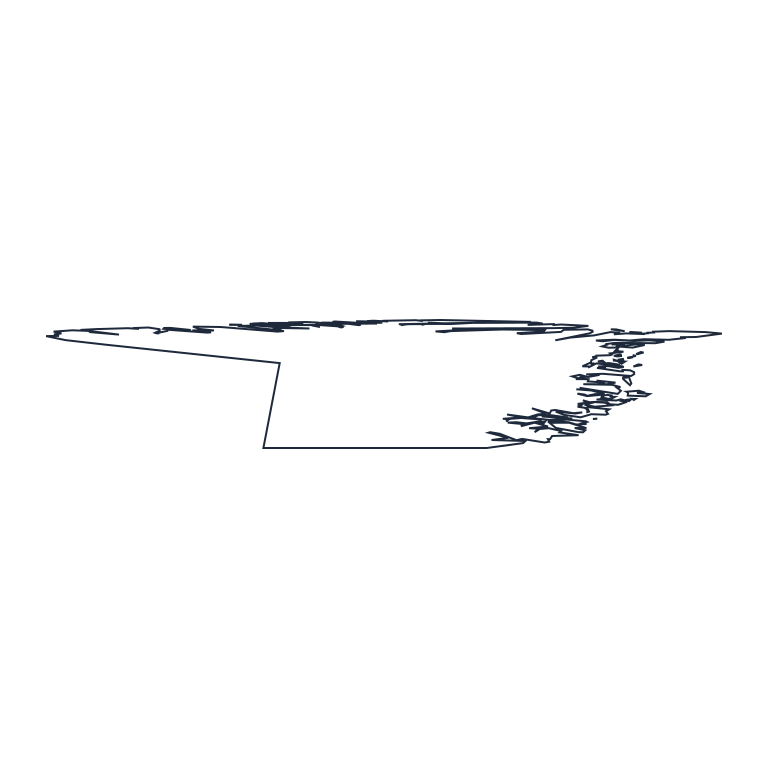 Nationalparken, Equal Earth projection
{"feature_id": "GRL-2742", "entity_name": "Nationalparken", "entity_type": "state/province", "adm_level": 1, "iso_a3": "GRL", "parent_name": "Greenland", "parent_adm1": "", "projection": "equal_earth", "projection_center": [-27.197, 77.317], "detail": "fine", "context": "isolated", "style": "outline", "palette": "slate", "viewbox_px": 768, "rotation_deg": 0, "n_neighbors": 0, "source": "natural_earth", "source_scale": "10m", "svg_char_len": 6148}
<svg xmlns="http://www.w3.org/2000/svg" viewBox="0 0 768 768"><path d="M523.1,443.1L486.6,448.0L263.4,448.0L279.7,363.1L105.8,344.7L65.4,340.1L46.1,336.1L59.0,335.9L54.0,334.4L61.5,333.4L53.6,331.6L72.4,330.3L88.5,330.9L90.1,332.1L119.0,334.6L80.5,329.9L96.2,329.1L127.9,328.2L138.9,328.9L132.7,328.1L148.3,327.5L159.5,329.2L159.7,330.6L155.0,332.8L156.5,333.3L159.3,333.4L157.0,333.1L167.3,330.9L167.2,329.7L206.9,332.6L211.1,332.4L192.3,330.4L214.0,330.5L199.2,328.9L192.9,326.6L220.6,327.0L277.4,331.6L284.0,331.1L274.2,330.0L281.4,329.3L276.3,328.7L279.5,328.0L309.5,328.5L289.2,327.7L290.8,327.3L264.2,325.0L313.5,325.1L311.8,325.4L318.9,326.8L318.9,325.7L315.5,325.3L319.7,325.1L337.4,326.3L341.2,327.5L343.6,326.7L340.3,326.3L342.3,325.9L341.2,325.5L327.7,325.0L261.6,324.6L249.6,323.8L261.6,324.1L252.2,323.6L262.0,323.1L273.2,324.0L296.3,324.1L268.0,322.9L303.3,323.0L288.2,322.4L305.9,322.0L318.5,322.6L315.4,323.1L318.9,322.8L331.7,323.7L348.3,323.8L359.0,325.2L360.9,324.6L352.1,323.7L377.0,323.6L356.8,323.3L382.3,322.7L358.5,322.4L356.2,322.1L358.4,321.8L356.2,321.2L370.1,321.5L366.9,321.1L373.3,320.7L388.2,321.5L382.3,320.8L415.9,320.2L422.8,321.0L419.5,320.4L440.6,320.0L530.9,321.9L444.7,323.3L427.8,322.7L440.5,323.4L398.8,324.2L403.1,324.3L400.7,325.2L407.7,324.2L420.0,324.1L422.7,324.4L421.8,324.9L425.6,323.9L451.2,324.0L472.1,322.9L536.6,322.6L542.8,323.6L527.6,324.9L553.7,324.1L554.9,324.3L552.5,324.4L554.4,324.8L552.5,325.1L561.0,324.5L588.4,325.9L573.7,327.7L554.5,328.1L452.1,328.5L474.4,329.3L435.5,331.4L444.3,332.2L450.6,331.1L502.9,329.5L544.8,330.1L543.7,331.5L516.8,333.2L521.3,334.0L561.1,331.9L563.7,329.8L587.8,329.4L592.3,330.6L592.7,331.7L589.8,333.3L555.3,340.3L570.1,337.6L594.1,335.4L610.4,332.1L620.1,332.7L613.9,334.3L626.4,333.4L644.8,334.1L643.8,333.6L649.2,333.2L646.4,332.8L653.8,332.5L653.4,331.7L669.2,331.1L705.7,332.1L721.9,333.6L696.1,337.0L680.0,337.2L685.8,338.0L668.8,339.8L644.2,339.2L629.8,340.5L614.3,339.7L595.9,340.5L602.6,341.3L614.1,339.9L633.5,341.0L649.0,340.3L664.5,341.6L655.4,343.2L614.6,342.9L605.3,344.2L608.1,344.3L602.1,346.4L608.4,347.7L618.6,347.5L613.7,352.1L617.9,350.2L618.5,351.3L623.5,351.7L610.1,353.4L611.7,354.6L610.2,355.2L595.4,355.7L597.2,356.3L592.2,357.1L597.2,357.4L591.3,360.2L591.0,362.4L582.4,366.3L589.6,366.5L588.1,367.6L596.4,363.4L621.6,366.2L623.7,366.9L618.5,367.8L608.2,366.1L598.2,366.5L605.8,367.8L603.3,368.4L596.9,367.9L620.0,371.3L622.9,371.3L622.5,369.9L630.1,370.3L634.1,372.2L634.2,374.1L631.0,376.0L603.1,373.8L586.2,374.4L599.5,374.9L587.9,377.0L579.8,374.8L572.3,376.4L578.3,378.4L580.6,377.0L585.4,377.6L581.5,378.0L587.0,378.9L575.8,379.1L588.6,379.2L587.8,381.4L605.1,382.6L596.5,380.6L615.5,382.6L607.3,384.2L583.3,384.2L612.0,384.8L620.5,387.1L616.8,387.6L620.9,390.8L617.7,393.9L579.6,387.8L591.8,390.2L576.3,389.3L591.5,390.5L604.6,393.9L595.2,394.1L587.2,395.8L584.8,394.6L577.5,393.6L577.9,393.8L587.1,396.1L602.4,394.7L601.4,397.5L603.7,398.8L596.5,399.6L616.4,400.5L620.8,399.3L622.7,399.8L621.2,400.9L627.1,401.8L618.1,404.8L609.9,404.3L607.3,402.2L594.7,401.9L589.5,402.2L582.9,400.3L587.5,402.6L577.6,403.9L583.3,404.1L579.6,405.7L581.9,406.4L577.5,406.7L584.7,407.8L587.3,409.7L587.3,412.1L589.0,411.6L588.1,409.4L585.7,408.0L587.5,407.1L609.2,409.3L605.9,411.2L608.0,413.8L605.8,414.7L591.4,414.2L580.6,417.3L564.2,414.9L555.7,411.6L575.4,413.5L582.3,412.4L573.4,413.2L555.2,410.0L551.2,410.5L549.7,413.5L531.9,408.3L546.5,413.8L537.7,414.4L528.1,417.4L507.0,414.5L521.9,417.4L502.8,418.8L507.5,419.1L506.3,421.5L509.5,418.9L521.2,418.0L541.3,419.5L540.1,421.3L526.5,423.4L516.4,422.2L507.7,422.6L523.3,424.1L521.0,426.2L534.6,422.7L548.0,426.5L529.1,428.2L538.1,428.7L534.7,432.2L539.7,429.0L548.8,428.2L561.0,431.0L559.5,432.4L578.6,435.2L552.1,436.0L550.1,439.2L547.9,439.1L549.2,441.7L544.6,442.5L522.1,438.9L516.5,440.2L499.8,433.8L490.2,432.2L488.5,432.7L508.5,437.8L491.5,440.0L525.4,441.0L523.1,443.1ZM256.7,325.6L281.4,327.6L272.7,328.5L276.9,329.3L272.9,329.6L237.7,325.9L256.7,325.6ZM586.4,428.1L574.7,428.0L585.2,430.3L583.0,432.3L578.3,432.1L555.8,427.9L549.6,422.8L569.0,422.7L586.4,428.1ZM548.9,419.9L531.8,418.0L538.4,415.2L549.7,415.0L567.7,417.5L542.4,416.3L541.8,416.5L572.3,418.5L548.9,419.9ZM615.7,346.3L638.1,344.3L644.7,345.0L632.6,347.6L615.7,346.3ZM586.5,424.0L576.1,424.5L568.6,422.2L548.0,421.2L567.4,419.6L585.8,421.3L587.0,421.9L582.7,423.0L586.5,424.0ZM605.0,402.7L610.9,405.4L594.9,406.7L584.5,404.7L594.9,402.1L605.0,402.7ZM649.7,394.0L645.7,396.3L627.7,395.6L628.1,392.5L626.5,391.7L639.0,390.7L642.6,391.9L637.0,393.0L649.7,394.0ZM163.4,328.8L164.1,328.0L170.2,327.9L190.8,330.0L163.4,328.8ZM631.3,383.5L630.0,385.2L623.1,378.9L623.1,377.7L627.7,377.6L623.3,376.1L628.9,376.9L631.3,383.5ZM614.8,396.9L610.4,399.2L602.6,397.7L603.6,395.6L607.2,394.9L612.6,395.6L609.6,396.7L614.8,396.9ZM624.7,331.2L610.8,329.3L616.1,329.4L624.7,331.2ZM334.8,321.5L359.0,322.9L332.4,321.9L334.8,321.5ZM333.8,322.7L350.4,323.1L345.3,323.6L333.8,322.7ZM625.1,344.0L611.6,344.5L616.3,343.3L625.1,344.0ZM329.7,322.6L342.7,323.7L321.4,322.6L329.7,322.6ZM642.2,365.0L633.4,366.5L638.4,364.4L642.2,365.0ZM609.3,363.1L619.9,364.8L602.6,363.5L609.3,363.1ZM623.7,358.8L621.8,360.1L624.2,361.1L619.1,360.9L618.7,359.6L623.7,358.8ZM642.1,332.7L630.4,332.1L629.4,331.9L642.1,332.7ZM242.1,324.8L230.2,324.9L229.3,324.5L242.1,324.8ZM622.0,356.0L616.9,356.4L613.9,355.8L620.0,354.4L621.5,354.4L619.3,355.6L621.7,355.7L618.4,355.8L622.0,356.0ZM643.6,352.6L640.0,353.4L638.0,354.1L636.2,354.1L640.8,352.0L643.6,352.6ZM630.3,400.0L629.2,401.0L623.5,400.5L627.9,399.5L630.3,400.0ZM621.5,363.8L618.5,361.7L624.8,361.7L621.5,363.8ZM545.0,421.7L543.6,423.4L537.5,422.6L540.3,422.0L545.0,421.7ZM603.9,361.8L600.9,361.8L597.9,361.4L602.6,360.7L603.9,361.8ZM618.0,361.0L613.9,360.6L613.8,359.7L618.0,361.0ZM632.9,357.2L629.2,358.1L627.2,357.8L630.7,357.0L632.9,357.2ZM592.3,364.3L591.0,363.6L594.4,363.3L592.3,364.3ZM633.2,356.5L633.6,355.3L635.9,355.8L633.2,356.5ZM635.4,399.0L633.9,400.0L632.2,398.9L633.9,399.0L635.4,399.0ZM592.9,419.0L596.6,418.6L597.1,418.8L592.9,419.0Z" fill="none" stroke="#1e293b" stroke-width="2"/></svg>